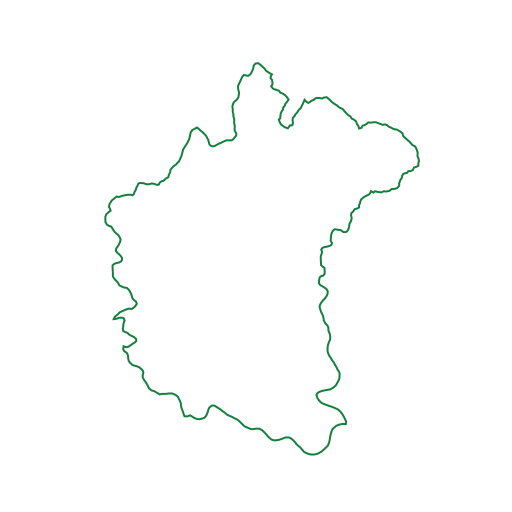 outline of Abaeté, Minas Gerais, Brazil, rotated 116°
{"feature_id": "56859067B88957434104032", "entity_name": "Abaeté", "entity_type": "district", "adm_level": 2, "iso_a3": "BRA", "parent_name": "Brazil", "parent_adm1": "Minas Gerais", "projection": "robinson", "projection_center": [-45.377, -19.097], "detail": "fine", "context": "isolated", "style": "outline", "palette": "green", "viewbox_px": 512, "rotation_deg": 116, "n_neighbors": 0, "source": "geoboundaries", "source_scale": "gbopen_adm2", "svg_char_len": 6083}
<svg xmlns="http://www.w3.org/2000/svg" viewBox="0 0 512 512"><g transform="rotate(116 256 256)"><path d="M395.2,335.4L397.9,334.5L399.2,333.0L399.7,329.8L401.3,327.6L404.2,325.9L406.2,324.3L407.3,322.0L408.0,319.7L408.0,317.7L407.4,315.3L407.2,312.1L407.9,309.5L408.7,307.4L410.2,306.1L412.2,305.7L414.7,304.7L416.6,302.1L418.2,299.0L420.1,296.3L421.9,294.1L422.6,291.1L422.1,288.2L422.6,281.9L421.2,280.1L419.3,276.4L417.9,274.3L416.3,271.1L416.1,267.6L416.7,264.6L418.5,262.2L421.4,258.9L423.4,257.8L425.2,256.4L428.7,252.7L430.2,251.4L431.4,250.0L430.3,247.5L428.1,245.3L428.6,240.3L428.3,237.1L427.4,235.2L426.3,233.8L424.4,231.7L422.4,230.9L420.6,230.8L418.2,230.9L413.4,231.6L411.5,231.0L409.6,229.9L408.7,227.6L409.5,220.7L410.1,218.1L410.5,215.5L411.3,212.5L411.3,209.6L411.1,207.3L411.3,204.0L411.2,201.5L411.5,199.5L414.1,191.7L413.8,184.5L412.8,182.6L411.1,180.3L409.7,177.0L409.9,174.1L410.8,171.2L413.5,164.6L414.2,161.4L413.7,158.8L412.7,157.0L411.3,154.9L406.1,149.8L404.9,147.6L404.5,145.2L405.2,142.2L406.2,139.4L407.3,137.2L408.1,134.8L408.5,132.7L411.1,126.6L410.9,121.9L410.2,119.3L409.2,117.2L408.0,115.4L406.4,113.7L402.7,111.1L395.0,108.3L392.3,108.4L390.3,108.8L384.4,110.5L380.1,111.3L377.9,111.4L373.6,109.5L371.9,108.1L370.4,106.5L368.7,104.0L367.7,101.6L365.4,102.3L362.3,106.1L360.0,109.5L358.8,112.2L358.0,115.0L358.1,120.0L358.8,125.7L359.3,130.6L359.2,133.1L358.3,135.9L356.7,138.5L354.6,140.7L352.3,140.7L350.4,139.5L348.5,137.7L345.5,133.8L343.3,130.8L341.3,129.4L339.2,128.3L337.0,127.5L332.1,127.2L329.1,127.5L324.8,129.4L323.4,131.0L322.4,132.8L320.7,134.9L318.9,137.7L317.5,139.4L316.5,141.6L314.9,144.0L313.7,146.1L312.4,147.9L311.0,149.3L309.2,150.5L306.9,151.5L304.6,152.3L302.0,152.6L298.7,152.8L296.5,153.6L294.5,154.8L291.2,158.3L288.9,159.4L287.3,161.1L286.1,164.2L284.2,166.8L282.3,168.1L280.6,169.3L277.7,173.0L274.6,176.0L272.7,177.0L269.9,177.0L266.4,176.3L263.5,175.3L261.2,175.0L258.5,175.1L256.1,176.2L254.8,178.2L254.2,182.3L254.0,185.4L252.9,187.5L250.2,188.6L247.5,189.4L245.3,188.5L244.2,187.0L242.0,186.5L239.4,187.7L236.6,189.3L236.3,191.7L235.7,193.5L229.9,196.7L227.5,197.8L225.5,197.9L223.2,198.5L221.7,200.2L219.5,199.8L217.7,198.0L216.5,196.3L214.8,194.4L213.0,193.1L211.0,193.4L209.5,195.6L203.9,197.8L201.8,198.0L199.2,197.9L197.4,196.9L196.6,194.2L195.6,191.1L196.2,187.8L194.9,185.5L193.1,184.8L190.6,184.8L188.8,185.1L186.3,186.1L183.1,185.9L180.2,186.5L177.9,188.3L175.7,189.1L173.5,188.2L170.6,187.8L169.2,186.1L167.2,184.6L165.3,185.7L163.3,185.6L161.5,186.1L158.9,186.3L156.2,185.1L153.6,183.3L151.2,181.4L149.0,180.9L147.2,181.0L147.5,178.2L145.7,177.5L145.0,174.7L143.9,171.2L141.9,169.7L140.9,167.1L138.9,164.6L136.3,163.4L134.9,160.7L132.7,158.8L130.0,158.1L127.9,159.2L124.2,159.6L121.9,159.2L119.8,159.8L117.7,159.6L116.1,158.1L114.9,156.6L112.9,156.3L112.0,154.2L109.8,152.7L107.3,152.8L105.7,151.1L103.7,149.6L101.6,150.7L99.1,151.2L96.9,152.9L95.4,154.7L92.2,156.0L89.6,158.5L87.8,160.9L87.7,164.1L85.9,168.3L85.3,170.9L84.4,173.7L83.7,176.2L81.6,178.0L80.9,181.1L80.6,184.7L81.6,188.0L81.4,190.8L81.6,193.0L81.0,195.4L81.1,197.7L82.6,199.7L83.2,206.8L84.3,209.1L85.7,211.1L86.8,213.7L89.0,214.6L90.6,215.7L92.2,217.3L94.7,217.4L96.2,219.2L94.0,221.3L93.0,223.3L91.2,225.0L90.5,227.6L90.5,230.3L89.3,232.2L89.0,234.3L88.3,236.6L87.2,239.7L85.9,242.5L86.0,246.3L85.3,248.6L84.7,253.5L84.1,256.2L83.1,258.9L82.3,262.0L83.7,264.3L85.5,265.7L86.1,267.9L86.9,270.0L88.1,271.6L90.4,272.6L92.0,274.1L93.8,275.0L95.5,276.1L95.3,278.2L94.3,280.8L98.9,280.6L103.7,280.7L106.2,281.7L109.2,281.9L110.9,282.6L113.3,282.7L115.7,283.4L117.9,282.7L120.2,281.1L122.6,280.7L123.7,282.7L127.3,283.4L127.6,286.0L127.4,288.5L126.9,291.1L125.2,293.5L123.3,295.3L121.7,294.6L118.0,296.0L116.2,296.3L114.3,296.3L112.5,296.0L110.7,296.6L108.3,296.0L106.3,296.3L103.9,295.7L101.2,295.3L99.9,297.4L98.8,300.0L98.3,303.3L98.5,305.8L97.4,307.7L98.2,313.8L96.9,316.7L94.6,316.4L92.6,317.4L90.7,318.8L89.8,320.9L88.0,321.5L85.7,321.3L85.7,323.8L85.1,328.0L83.7,330.8L82.2,336.0L81.7,338.5L83.3,340.9L86.0,341.5L88.1,340.8L90.5,340.5L93.1,340.5L95.4,340.8L97.5,342.0L98.7,346.4L101.0,346.9L110.9,346.7L113.1,345.7L117.0,342.6L121.2,341.4L124.1,341.8L127.1,343.2L129.5,343.3L131.9,342.8L134.2,341.3L136.9,339.9L138.5,338.5L140.6,337.4L142.3,335.7L144.3,334.7L146.0,334.0L148.6,331.9L150.7,331.2L152.9,329.9L154.3,327.6L156.3,326.6L160.9,327.6L162.8,328.6L163.8,330.9L165.1,333.4L167.7,335.6L170.2,337.5L171.9,339.0L175.4,341.5L176.5,343.1L176.7,345.6L175.7,347.2L172.6,349.8L171.0,352.0L169.7,353.9L168.0,358.5L167.6,360.9L166.9,363.0L166.4,365.4L170.9,368.5L173.6,368.9L179.9,367.3L184.7,367.3L192.1,368.2L198.3,366.9L205.0,366.7L206.7,367.5L209.0,368.0L211.3,369.4L213.8,370.2L216.2,370.6L218.5,369.9L221.1,369.9L223.8,369.4L226.2,371.2L228.9,372.0L230.2,373.6L232.2,374.7L234.6,374.7L235.6,376.5L235.7,378.6L236.4,381.4L238.2,383.3L239.5,385.7L239.9,389.0L241.1,392.0L242.4,393.5L244.5,393.3L246.9,393.5L249.3,393.0L251.6,393.3L253.6,392.9L255.5,393.5L255.9,395.6L257.2,398.1L260.0,402.0L261.6,403.6L263.2,405.3L263.7,407.4L269.4,410.0L274.0,410.4L276.4,409.6L277.7,407.8L279.1,406.5L280.7,407.5L284.0,408.8L286.8,408.6L291.5,406.2L293.2,403.7L293.4,401.4L293.0,398.9L294.2,397.2L296.2,393.9L297.0,391.7L297.5,389.1L298.7,387.0L300.4,385.0L303.1,384.3L306.4,384.3L310.6,384.9L312.8,384.3L314.0,381.8L314.5,379.6L315.3,377.6L316.4,375.7L318.1,374.8L319.9,374.8L321.9,376.3L323.9,378.8L325.6,380.2L327.2,380.8L329.4,379.8L334.1,377.1L336.0,376.3L337.7,374.9L339.2,371.9L340.3,368.7L342.3,365.8L342.3,361.4L341.3,358.1L342.2,355.3L343.8,352.9L345.0,351.4L348.3,348.3L349.1,346.4L349.5,344.0L351.2,342.2L353.1,342.3L355.0,342.8L357.9,344.3L359.2,347.4L361.5,349.8L366.5,353.9L369.2,354.6L371.3,355.8L373.1,356.3L375.1,356.2L373.7,354.0L371.6,352.0L370.3,349.8L369.9,347.7L371.5,345.9L375.6,345.3L377.2,344.5L379.6,343.9L381.6,342.5L381.7,340.0L381.4,337.8L382.2,335.6L382.4,332.9L382.3,330.3L383.0,327.6L384.8,326.3L387.0,327.1L389.0,328.4L393.5,330.9L394.9,332.7L395.2,335.4Z" fill="none" stroke="#15803d" stroke-width="2"/></g></svg>